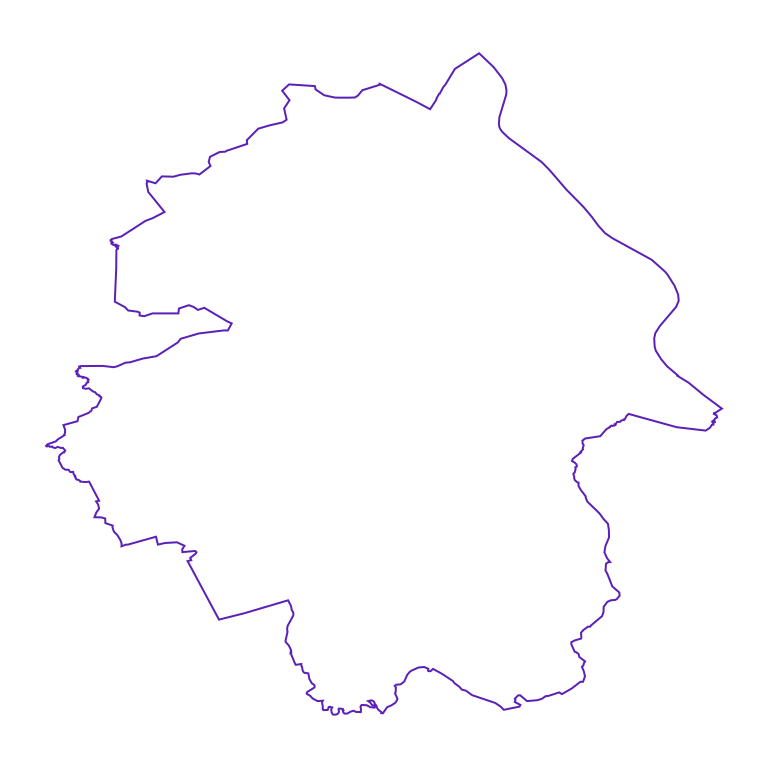 outline of Sventes pag., Daugavpils, Latvia
{"feature_id": "27541924B80742795502066", "entity_name": "Sventes pag.", "entity_type": "district", "adm_level": 2, "iso_a3": "LVA", "parent_name": "Latvia", "parent_adm1": "Daugavpils", "projection": "robinson", "projection_center": [26.339, 55.911], "detail": "fine", "context": "isolated", "style": "outline", "palette": "violet", "viewbox_px": 768, "rotation_deg": 0, "n_neighbors": 0, "source": "geoboundaries", "source_scale": "gbopen_adm2", "svg_char_len": 6010}
<svg xmlns="http://www.w3.org/2000/svg" viewBox="0 0 768 768"><path d="M721.9,408.6L703.2,394.7L688.5,382.6L677.4,375.8L677.8,375.4L667.1,366.3L661.2,359.3L655.8,350.7L654.7,346.9L654.2,338.4L655.3,333.2L659.8,326.1L676.2,306.8L678.7,300.8L678.1,294.5L674.6,285.8L667.6,274.8L665.0,271.6L651.7,259.8L612.4,238.2L605.0,233.1L598.5,225.9L591.5,216.5L583.6,207.1L566.2,189.4L549.5,170.0L541.6,162.0L508.8,138.1L502.1,131.7L500.2,129.0L499.3,126.7L498.9,123.8L499.4,117.2L506.2,94.7L506.5,90.5L505.4,84.5L502.2,78.2L493.6,67.1L479.1,53.3L454.9,68.9L445.4,84.6L443.1,87.4L439.8,93.6L439.2,93.7L436.5,98.4L436.4,99.6L430.1,109.2L415.2,101.3L379.7,83.8L379.7,84.8L362.4,90.2L357.7,95.8L354.8,97.5L346.4,97.7L335.2,97.6L324.3,95.3L316.4,90.0L315.5,89.1L314.9,86.1L289.1,84.4L282.2,90.7L289.5,100.2L284.1,108.4L286.6,119.7L282.6,122.4L269.8,125.3L258.2,128.7L246.8,140.2L247.2,143.9L226.6,150.8L225.2,151.7L219.6,152.0L210.0,156.8L208.7,162.0L210.5,166.0L199.4,174.5L195.9,173.5L191.8,173.3L180.2,174.8L173.4,176.7L161.9,176.4L155.5,183.3L146.9,180.7L147.2,182.5L146.6,183.8L148.3,192.0L164.5,212.0L153.2,217.9L145.4,220.9L121.3,236.5L111.9,239.0L110.5,240.2L110.6,240.8L112.1,241.4L111.9,242.1L112.7,242.7L111.3,243.2L111.6,243.9L113.6,245.0L115.7,244.8L115.6,246.1L116.6,245.9L116.6,245.0L118.4,246.0L116.9,247.4L118.1,248.2L118.0,248.8L116.8,249.3L116.4,250.1L116.2,269.0L114.8,301.7L124.9,307.1L128.2,310.5L137.6,311.7L139.7,312.6L139.6,315.5L144.2,316.2L152.5,313.4L178.4,313.4L178.9,308.5L188.9,305.2L193.5,306.9L198.0,309.9L204.3,307.8L226.9,321.2L231.7,323.4L227.8,330.5L224.0,330.4L198.6,333.5L180.6,338.8L177.9,342.4L156.4,356.2L142.6,358.6L129.9,362.3L125.4,362.7L117.3,366.3L113.7,367.2L102.6,365.9L80.2,366.1L80.0,367.1L79.6,367.0L80.1,367.9L79.1,367.9L78.0,369.2L77.7,370.9L76.8,370.5L75.9,371.4L77.1,372.4L76.6,372.8L76.6,373.8L78.6,374.5L78.7,375.2L78.2,375.3L79.3,376.0L78.9,376.3L83.2,376.9L82.9,377.7L85.7,377.6L87.6,378.6L88.2,379.2L87.8,379.8L88.5,380.1L87.8,381.8L88.1,382.3L86.6,382.8L85.9,384.7L82.8,386.6L83.0,388.1L85.7,388.8L88.9,388.3L92.9,391.4L95.2,392.3L96.7,394.2L99.7,395.6L99.5,396.4L101.3,397.2L101.3,398.3L96.8,406.8L92.1,408.4L91.4,410.6L88.6,412.9L78.4,417.0L77.5,421.2L63.4,425.1L65.1,429.6L65.0,433.0L64.1,435.0L64.4,435.2L57.8,439.4L55.8,441.4L47.7,444.2L46.1,445.9L46.5,446.4L49.2,446.1L49.7,446.7L52.3,446.6L52.3,447.1L54.0,447.8L55.5,448.0L57.5,446.9L61.2,448.0L62.8,447.8L65.2,450.5L64.2,452.3L63.6,452.1L59.7,455.2L58.9,457.4L59.4,458.9L58.6,460.2L62.5,467.8L65.4,469.7L68.6,469.8L70.3,472.1L73.2,471.9L73.7,474.3L75.2,475.8L74.8,476.7L75.7,477.4L75.8,478.7L76.9,479.7L78.4,479.8L80.1,480.9L80.2,481.6L86.2,482.1L89.1,481.6L99.1,500.7L96.1,501.4L98.1,504.4L99.1,508.6L96.4,512.4L94.5,517.2L101.3,517.4L105.2,518.5L105.4,523.1L112.7,525.6L112.5,527.4L113.5,530.6L114.4,532.2L117.2,534.9L120.3,539.9L121.6,543.5L121.5,546.3L125.7,544.7L127.9,544.6L156.0,536.7L157.9,544.6L165.0,543.0L176.9,542.3L184.5,545.8L182.2,549.4L182.4,552.1L195.1,551.0L196.5,552.2L195.7,553.6L190.2,557.9L191.2,560.2L187.6,561.1L219.0,619.6L244.1,613.3L288.1,600.3L291.0,606.0L291.8,610.1L293.2,612.4L293.4,614.5L293.1,615.9L287.6,625.9L287.1,629.1L287.5,632.0L285.5,640.8L285.6,641.9L288.9,645.6L291.0,650.0L290.6,652.6L291.2,652.2L291.2,654.4L295.2,664.0L295.8,664.8L301.3,664.0L301.3,665.6L302.0,666.7L302.6,670.3L303.5,672.1L304.4,672.8L308.3,673.3L309.4,679.1L311.8,683.2L314.2,684.9L314.7,686.6L314.3,687.6L307.4,691.9L306.7,692.8L306.8,693.9L310.3,695.9L312.6,698.5L317.6,701.1L322.8,700.7L322.0,702.3L322.8,706.5L322.7,709.1L323.4,710.1L327.6,710.0L328.8,707.0L329.4,706.8L332.2,707.4L331.2,709.3L331.6,712.4L332.8,714.4L334.0,714.7L336.0,714.6L338.2,713.5L339.0,711.6L338.5,709.2L339.0,708.5L342.9,709.0L343.5,710.4L342.8,710.7L343.5,712.8L345.2,713.7L347.7,713.4L350.2,711.8L353.7,710.7L355.8,711.9L360.8,712.1L361.0,709.5L360.5,706.5L361.6,705.0L366.7,705.2L370.4,707.2L374.6,707.6L374.8,706.6L374.3,705.7L372.1,705.0L370.0,702.3L368.2,701.1L370.9,700.4L372.7,700.7L374.3,702.1L374.7,703.7L376.4,705.7L376.9,707.6L378.2,709.6L381.3,712.1L381.2,713.1L382.9,713.3L387.1,707.2L391.7,705.2L395.5,702.6L397.3,699.6L397.3,698.3L395.0,693.3L395.6,692.4L395.9,687.4L394.7,685.8L396.1,684.8L400.6,684.3L404.3,681.5L407.3,674.7L409.7,671.9L411.8,670.5L418.5,667.5L424.2,667.0L428.3,668.8L428.0,670.6L428.4,671.1L430.5,671.2L433.0,668.9L441.8,673.7L452.9,681.0L454.4,683.1L459.4,686.8L461.8,689.6L465.8,690.6L472.2,695.2L495.1,702.9L500.3,706.3L503.8,709.8L519.5,706.6L520.4,704.9L514.8,702.0L515.5,699.9L514.8,698.7L518.2,695.3L520.2,695.3L527.0,701.1L537.3,700.2L541.9,698.8L545.6,696.2L548.8,695.8L559.2,692.4L561.9,694.1L571.7,688.5L580.4,681.8L583.0,681.8L585.0,676.4L583.8,671.2L581.9,666.8L583.3,665.6L583.9,663.2L585.1,661.4L579.4,657.1L578.5,653.9L576.0,652.1L574.7,651.8L571.3,644.2L571.3,642.2L574.8,640.4L581.0,638.6L581.4,637.6L581.0,632.7L583.5,629.9L588.0,626.7L590.2,626.7L590.8,625.6L602.1,616.1L603.5,612.0L603.7,606.7L607.3,601.9L610.8,600.3L615.3,599.9L616.8,599.1L619.6,595.8L619.3,592.5L612.3,586.4L607.2,573.5L605.5,570.6L606.0,563.8L607.9,562.3L610.1,562.1L607.0,558.1L604.4,552.3L605.5,545.8L609.0,537.6L608.9,530.0L607.9,523.7L603.8,519.3L599.3,513.2L587.4,501.7L585.6,497.5L585.8,496.5L580.7,489.8L578.5,486.0L578.6,482.6L577.5,482.5L574.8,480.1L574.3,478.8L574.2,476.6L573.3,473.8L574.7,472.5L575.6,468.9L575.3,467.3L576.7,466.6L576.9,465.6L576.3,464.2L574.6,462.5L572.0,461.1L572.8,458.8L580.9,452.6L580.3,452.1L583.0,449.4L582.7,448.4L583.7,445.2L582.7,443.7L582.4,440.6L585.2,438.5L600.2,436.2L606.5,429.1L610.0,427.1L609.9,426.6L611.7,425.5L612.6,426.0L614.9,425.3L614.6,424.3L615.7,424.3L615.6,423.9L617.2,421.9L620.2,421.8L621.3,420.5L624.1,419.9L624.0,419.4L624.8,419.3L626.4,416.1L628.6,413.9L676.7,427.2L705.7,430.6L710.0,427.7L711.8,424.9L713.4,424.6L713.6,423.8L712.7,422.6L714.9,422.0L714.7,421.3L712.9,420.9L714.2,420.0L715.1,418.5L717.2,417.4L716.6,415.3L713.9,413.9L714.1,413.0L715.2,412.9L721.9,408.6Z" fill="none" stroke="#5b21b6" stroke-width="2"/></svg>